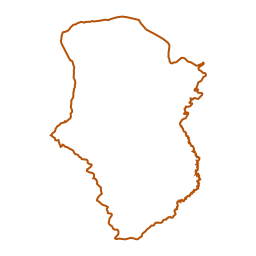 Moonlapamok, Champasak, Laos, rotated 271°
{"feature_id": "54806243B88761903664020", "entity_name": "Moonlapamok", "entity_type": "district", "adm_level": 2, "iso_a3": "LAO", "parent_name": "Laos", "parent_adm1": "Champasak", "projection": "albers", "projection_center": [105.451, 14.311], "detail": "fine", "context": "isolated", "style": "outline", "palette": "amber", "viewbox_px": 256, "rotation_deg": 271, "n_neighbors": 0, "source": "geoboundaries", "source_scale": "gbopen_adm2", "svg_char_len": 5764}
<svg xmlns="http://www.w3.org/2000/svg" viewBox="0 0 256 256"><g transform="rotate(271 128 128)"><path d="M233.3,79.3L231.5,74.8L230.7,74.1L230.3,71.6L227.6,68.8L226.3,68.1L224.4,66.5L223.2,63.8L222.6,61.4L222.0,60.9L218.4,60.0L217.5,59.8L216.0,59.9L214.3,59.4L211.6,59.9L196.3,68.1L194.6,69.2L194.6,69.6L193.9,70.9L192.9,71.5L189.6,72.4L188.1,73.1L187.7,73.2L184.1,72.8L182.5,73.0L177.5,72.7L174.7,74.1L171.9,74.6L170.4,74.1L167.8,74.2L165.6,73.2L163.7,73.2L162.9,72.8L157.5,72.7L154.8,70.9L151.1,70.9L148.1,70.4L144.3,71.9L143.7,71.9L143.0,71.7L141.3,70.3L139.4,70.7L137.6,70.6L136.8,70.1L134.7,67.8L134.5,67.3L133.3,66.3L133.1,65.9L133.5,65.3L133.6,64.7L132.5,64.4L131.6,60.8L129.7,59.3L128.6,57.4L126.3,55.8L123.3,55.0L121.8,53.1L119.3,51.0L118.9,52.0L117.8,53.0L116.9,54.8L116.5,55.1L115.1,55.3L114.6,55.6L114.3,56.9L114.7,58.4L114.6,58.9L112.9,59.0L112.0,59.6L111.1,59.7L109.8,60.2L109.1,60.8L108.0,61.0L108.6,62.2L110.2,62.7L110.3,62.9L109.9,63.8L108.1,65.6L107.7,67.7L106.1,70.3L105.4,72.1L104.2,73.7L101.6,75.0L101.0,75.8L100.5,77.9L99.9,78.8L98.2,79.7L97.8,81.0L97.4,81.5L96.1,82.3L95.6,87.1L94.8,88.1L92.3,88.4L90.9,90.9L90.9,92.0L90.6,92.3L89.1,91.9L87.8,90.6L85.8,87.8L84.1,87.8L83.6,89.2L83.0,90.1L82.7,91.0L82.7,92.8L81.3,94.7L80.2,94.9L78.1,94.8L77.1,94.2L76.7,96.2L75.9,96.9L74.0,98.0L73.0,98.2L72.0,97.9L71.4,98.1L69.0,100.7L68.5,101.6L67.5,102.1L66.5,101.8L63.4,102.4L61.8,103.0L60.1,100.9L58.5,99.5L55.8,98.2L55.3,98.2L54.8,98.5L53.8,100.4L52.3,101.9L50.6,104.3L49.9,106.8L48.7,109.2L46.7,108.2L45.6,108.4L44.5,109.1L42.5,109.4L42.0,112.8L41.4,113.2L40.9,113.4L39.9,113.1L37.2,111.2L33.0,110.4L31.9,110.6L30.3,112.3L30.0,113.2L29.1,114.0L27.2,114.8L26.1,116.4L26.2,118.9L25.5,119.8L24.6,120.2L23.5,120.3L21.4,120.1L18.2,117.1L17.3,117.0L16.7,118.6L17.2,120.3L17.2,121.5L16.7,126.3L16.7,127.6L18.2,132.4L17.9,133.4L18.0,134.9L16.9,138.0L17.0,139.5L17.4,140.4L19.1,142.1L19.9,143.6L21.9,144.0L23.1,144.8L25.0,147.3L27.1,148.9L28.9,151.3L29.8,152.2L30.4,152.5L31.0,153.5L30.9,155.2L31.4,155.8L33.0,156.5L33.8,157.5L33.7,158.3L34.0,158.8L33.7,159.5L33.9,160.9L33.7,162.0L34.0,163.2L34.6,164.1L35.2,164.2L36.4,164.8L37.3,167.1L37.1,167.9L38.2,168.4L38.8,169.5L39.5,170.0L39.5,170.9L39.9,171.8L39.2,172.3L39.2,174.3L40.3,174.7L42.6,177.0L44.6,176.5L45.2,176.0L46.2,175.9L47.1,176.5L47.1,177.1L47.5,177.2L47.5,177.8L47.8,178.5L48.5,178.5L48.8,178.2L49.3,178.2L49.9,178.3L50.1,178.8L50.4,178.7L50.6,179.0L51.7,179.1L54.0,178.4L55.0,178.8L55.2,179.6L55.8,179.7L56.5,180.3L56.4,180.7L55.3,181.2L54.9,181.7L55.6,181.8L56.1,182.3L56.8,182.4L57.1,182.7L56.7,183.9L55.9,184.3L55.8,184.9L56.5,185.1L56.9,185.7L57.7,186.1L58.0,186.9L58.5,186.4L58.9,186.4L58.8,187.2L59.6,187.3L59.7,188.0L60.4,188.2L60.8,188.5L61.3,189.9L61.0,190.6L62.1,190.9L62.2,191.6L63.8,191.9L63.9,192.2L63.7,193.1L64.5,193.0L64.6,193.7L65.1,193.8L65.3,195.0L65.6,195.0L66.1,194.6L66.6,195.1L67.0,195.1L66.8,195.8L67.4,196.2L67.2,196.8L68.2,198.2L69.0,198.4L68.6,198.9L68.8,199.2L69.5,198.9L70.4,199.3L70.0,198.3L70.7,198.1L71.3,199.5L71.7,199.8L72.2,199.7L72.0,199.2L73.5,199.9L73.8,199.6L73.7,199.1L74.0,199.0L74.7,199.7L75.0,199.7L75.8,198.2L76.0,198.1L76.3,198.3L76.3,198.9L76.9,199.2L77.4,200.0L77.8,200.1L77.5,200.7L77.9,201.1L79.5,199.7L80.1,200.2L80.3,200.1L81.3,198.7L81.8,199.8L83.5,198.9L83.5,198.5L82.6,197.9L83.2,197.9L83.5,197.2L83.2,196.7L84.0,197.1L84.6,196.6L85.6,197.1L86.1,196.8L85.9,196.4L86.1,196.3L87.0,196.9L87.1,198.3L88.6,198.5L89.0,198.5L89.8,197.8L90.5,198.0L90.7,198.6L91.8,198.3L92.2,198.0L92.7,197.0L93.1,197.5L92.9,198.2L94.1,197.9L94.1,198.4L96.4,197.4L96.2,198.3L96.3,198.8L98.2,199.9L99.3,199.9L99.7,199.1L99.8,197.9L100.0,197.4L100.3,197.4L100.0,198.3L100.3,198.5L100.9,197.1L101.8,196.1L102.3,196.6L103.5,196.4L104.8,194.9L105.3,195.2L105.5,194.8L105.2,194.1L105.8,193.2L106.3,194.0L106.9,194.0L107.3,194.5L109.6,193.9L111.2,192.8L111.1,191.7L112.0,191.4L112.8,190.6L113.9,190.6L114.1,190.2L114.0,189.2L115.2,188.8L115.7,189.4L117.0,189.5L117.8,188.7L118.7,188.3L119.0,188.9L119.4,189.0L120.0,188.0L120.9,187.9L121.0,186.7L122.4,186.0L122.9,186.3L123.3,185.9L124.0,186.1L125.0,185.4L125.4,184.0L127.4,183.0L128.2,183.1L128.7,182.5L129.5,182.2L130.0,181.4L131.0,181.3L131.2,180.6L131.6,180.7L132.7,180.0L133.6,179.8L137.2,182.0L137.4,182.6L137.9,183.1L138.4,184.2L138.5,185.0L138.8,185.5L143.1,187.9L144.0,188.0L144.5,187.4L144.4,186.8L143.1,185.4L142.9,184.4L143.2,183.8L145.4,185.2L147.4,184.3L148.1,184.2L148.4,184.3L149.1,185.4L150.4,185.5L150.3,188.1L150.6,189.1L151.5,190.3L153.0,191.6L153.5,191.7L153.8,191.5L153.7,190.1L154.4,189.0L156.4,190.5L158.6,190.1L158.4,191.2L157.8,191.5L157.6,191.9L157.8,192.4L158.9,193.3L159.2,194.1L158.3,196.9L158.3,197.7L162.4,201.5L163.6,201.7L164.2,201.2L164.4,198.2L164.6,197.4L165.0,196.9L165.7,196.6L167.2,197.4L167.9,197.0L168.4,195.8L168.3,195.4L166.4,194.6L166.5,194.1L167.2,193.9L168.2,194.4L169.0,195.5L170.4,196.2L174.8,197.5L176.5,200.5L180.2,202.4L180.6,202.9L181.2,204.4L182.0,204.9L182.8,205.0L183.8,204.5L184.3,203.7L184.5,201.9L186.3,200.1L187.1,198.2L187.9,197.6L189.0,197.5L189.8,197.8L190.8,198.9L193.1,202.3L194.0,202.6L194.7,202.2L194.6,201.8L193.7,201.3L193.1,200.5L192.9,199.3L191.5,196.3L191.6,195.1L194.7,189.9L195.2,187.5L195.8,186.4L198.6,183.6L199.2,181.4L198.9,180.6L199.0,179.9L197.5,178.7L197.1,177.8L195.5,176.2L194.5,174.8L194.3,172.7L193.4,170.9L193.6,169.6L195.4,168.4L197.9,168.1L199.6,167.2L201.5,167.3L203.7,167.2L210.0,168.0L211.9,167.7L213.7,166.7L217.6,161.7L222.2,153.5L225.4,147.1L226.9,144.4L233.1,138.8L236.2,137.0L238.7,125.5L239.3,120.4L238.9,117.1L238.1,113.4L236.6,108.8L235.5,106.5L235.9,103.2L234.8,98.2L234.0,92.5L234.0,91.4L234.4,90.4L233.9,89.5L233.5,87.6L233.3,83.6L233.1,83.0L232.6,82.5L233.3,79.3Z" fill="none" stroke="#b45309" stroke-width="2"/></g></svg>